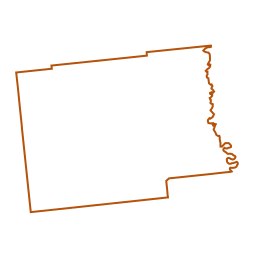 Tripp, South Dakota, United States of America, rotated 84°
{"feature_id": "52423323B24567784344000", "entity_name": "Tripp", "entity_type": "district", "adm_level": 2, "iso_a3": "USA", "parent_name": "United States of America", "parent_adm1": "South Dakota", "projection": "equal_earth", "projection_center": [-99.824, 43.382], "detail": "fine", "context": "isolated", "style": "outline", "palette": "amber", "viewbox_px": 256, "rotation_deg": 84, "n_neighbors": 0, "source": "geoboundaries", "source_scale": "gbopen_adm2", "svg_char_len": 3051}
<svg xmlns="http://www.w3.org/2000/svg" viewBox="0 0 256 256"><g transform="rotate(84 128 128)"><path d="M54.7,36.9L54.5,101.5L58.0,101.7L58.0,125.6L57.9,197.6L61.1,197.6L61.1,233.4L76.2,233.3L76.3,233.3L77.8,233.3L95.8,233.4L97.2,233.4L102.0,233.4L111.2,233.4L113.4,233.4L113.5,233.4L118.3,233.5L120.3,233.5L128.9,233.5L130.5,233.5L132.6,233.5L134.7,233.5L140.7,233.5L143.3,233.5L144.6,233.5L145.2,233.5L147.8,233.5L151.9,233.5L157.3,233.5L160.8,233.5L162.4,233.5L166.1,233.5L166.6,233.5L194.0,233.5L201.2,233.5L201.5,233.5L201.2,95.5L199.1,95.6L193.6,95.5L188.1,95.5L184.6,95.5L182.4,92.5L182.4,87.9L182.4,83.5L182.4,76.1L182.4,73.6L182.4,66.4L182.4,58.2L182.4,50.3L182.3,41.0L182.3,30.4L182.1,29.4L181.9,29.5L181.3,30.0L180.9,30.4L180.5,30.6L179.9,30.9L179.4,31.0L178.7,30.9L178.5,30.7L178.2,30.3L178.3,29.8L178.4,29.3L178.5,29.0L178.5,28.3L178.6,27.9L178.6,27.1L178.6,26.5L178.5,26.1L178.3,25.1L177.8,24.2L177.1,23.8L176.4,23.4L175.4,22.6L174.9,22.5L174.3,22.5L173.8,22.8L173.4,23.0L173.1,23.3L173.1,23.9L173.3,24.5L173.4,24.9L173.6,25.4L173.6,26.0L173.7,26.5L173.9,26.9L173.9,27.5L173.9,28.6L174.2,29.1L174.2,30.0L174.2,30.7L174.1,31.2L173.7,31.7L173.4,32.0L173.1,32.3L172.8,32.6L172.4,32.8L171.7,33.0L170.1,33.0L169.4,33.0L169.1,32.9L168.9,32.6L168.5,32.2L168.2,31.5L168.4,30.8L168.5,30.3L168.9,29.8L169.1,29.5L169.4,29.2L169.5,28.9L169.7,28.6L169.9,28.1L170.1,27.7L170.3,27.3L170.2,26.9L170.1,26.4L170.0,25.9L169.8,25.5L169.5,25.1L169.1,24.7L168.5,24.4L168.0,24.1L167.5,24.2L167.0,24.6L166.6,25.1L166.4,25.6L166.1,26.2L165.8,26.4L165.4,26.6L165.1,26.9L164.8,27.2L164.5,27.9L164.5,28.3L164.4,28.7L164.2,29.1L164.1,29.5L164.2,30.2L164.2,30.8L164.1,31.4L164.0,31.7L163.5,32.1L162.6,33.0L161.7,33.9L161.4,34.5L161.0,34.9L160.7,35.2L160.2,35.4L159.6,35.5L159.1,35.3L158.8,35.1L158.4,34.8L158.2,34.6L157.8,34.2L158.2,33.7L158.4,33.1L158.5,32.6L158.7,32.1L158.6,31.4L158.6,31.0L158.4,30.7L158.2,30.3L158.1,29.8L158.1,29.5L158.0,28.3L157.9,27.9L157.5,27.5L157.0,27.4L156.2,27.5L155.5,27.8L153.6,29.4L153.2,32.8L154.3,34.2L156.4,36.6L156.1,37.9L155.8,37.8L155.4,37.9L152.6,37.6L148.7,38.0L147.1,37.7L145.4,38.0L145.5,38.9L144.3,40.7L141.3,41.7L138.6,43.0L134.8,41.2L133.4,40.3L133.0,41.4L134.0,42.4L134.4,43.0L133.6,43.4L132.8,43.0L132.1,42.9L132.1,45.2L131.5,47.5L129.4,47.9L128.2,47.5L126.7,45.9L127.3,45.2L126.0,42.7L123.3,41.0L121.7,42.2L120.9,42.8L119.1,44.1L117.5,42.8L115.9,41.7L113.6,41.2L113.1,41.2L112.7,42.0L112.6,42.7L111.7,43.4L110.1,42.8L108.6,42.7L108.2,43.3L106.7,43.6L106.3,42.5L104.8,40.9L103.2,40.7L103.4,41.5L102.5,42.8L101.8,42.8L101.1,41.3L101.7,39.8L100.8,38.6L99.4,39.3L98.3,40.2L97.4,40.9L96.3,40.5L95.2,39.6L93.4,40.3L93.6,41.3L92.1,42.7L90.7,42.8L86.9,42.9L86.0,44.2L84.2,44.3L83.2,43.4L80.4,43.1L80.4,43.9L79.3,44.7L77.9,43.1L76.8,41.1L75.5,39.9L73.6,39.5L73.0,40.6L73.4,40.8L73.9,41.3L73.2,42.0L72.5,41.7L69.6,39.6L67.9,39.2L65.6,39.1L63.3,39.0L61.4,40.1L61.2,41.2L60.5,43.0L59.8,44.2L58.8,45.0L58.4,44.4L57.2,43.1L56.0,40.4L56.2,38.1L56.0,37.1L54.9,36.8L54.7,36.9Z" fill="none" stroke="#b45309" stroke-width="2"/></g></svg>